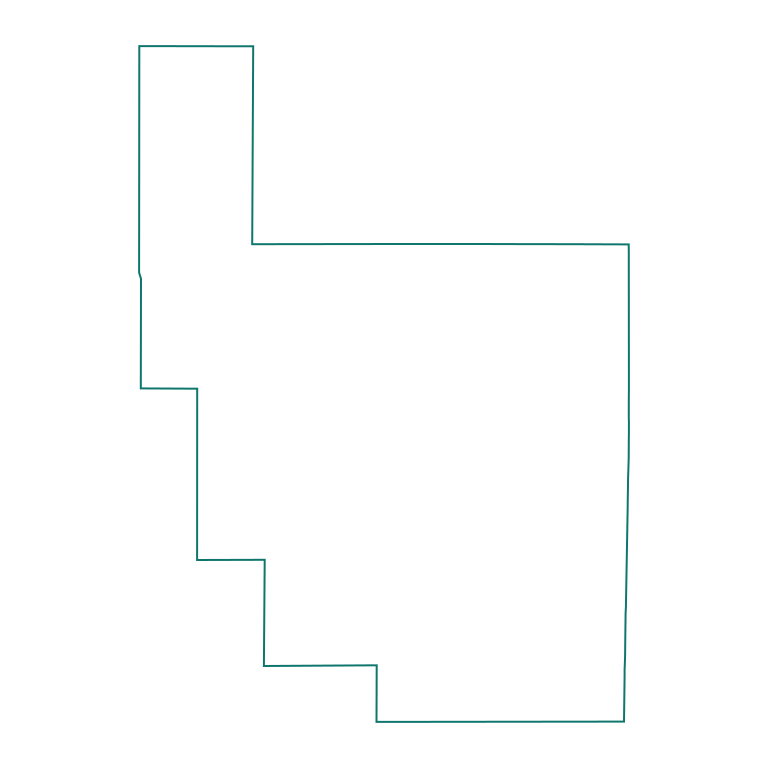 Roosevelt, New Mexico, United States of America
{"feature_id": "52423323B49332182234099", "entity_name": "Roosevelt", "entity_type": "district", "adm_level": 2, "iso_a3": "USA", "parent_name": "United States of America", "parent_adm1": "New Mexico", "projection": "mercator", "projection_center": [-103.277, 34.088], "detail": "fine", "context": "isolated", "style": "outline", "palette": "teal", "viewbox_px": 768, "rotation_deg": 0, "n_neighbors": 0, "source": "geoboundaries", "source_scale": "gbopen_adm2", "svg_char_len": 737}
<svg xmlns="http://www.w3.org/2000/svg" viewBox="0 0 768 768"><path d="M140.8,388.4L178.9,388.6L197.2,388.7L197.1,560.0L264.7,559.8L263.9,666.0L376.7,665.3L376.5,721.9L624.0,721.6L624.5,683.4L624.6,675.3L624.6,669.7L624.8,664.7L625.1,655.5L625.3,636.3L625.6,613.0L625.9,607.5L626.8,556.5L627.1,539.8L627.7,506.4L627.7,503.3L628.1,477.7L628.7,458.7L628.8,439.8L628.9,434.9L628.9,430.4L628.9,420.9L628.8,417.9L628.8,415.1L628.8,414.6L628.8,413.8L628.8,409.6L628.8,401.0L628.9,390.4L628.9,384.8L628.9,368.5L628.8,274.4L628.8,253.1L628.7,244.5L628.7,244.4L574.8,244.2L516.1,244.1L479.6,244.0L403.8,244.0L396.8,244.0L252.2,244.2L253.2,46.3L139.3,46.1L139.1,272.6L141.0,278.8L140.8,388.4Z" fill="none" stroke="#0f766e" stroke-width="2"/></svg>